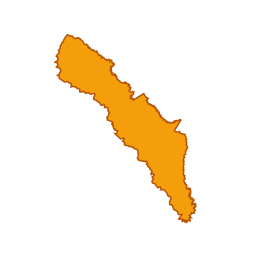 the district of Cuyabeno, Sucumbios, Ecuador, rotated 32°
{"feature_id": "8360857B98272453986256", "entity_name": "Cuyabeno", "entity_type": "district", "adm_level": 2, "iso_a3": "ECU", "parent_name": "Ecuador", "parent_adm1": "Sucumbios", "projection": "mercator", "projection_center": [-75.771, -0.334], "detail": "fine", "context": "isolated", "style": "filled", "palette": "amber", "viewbox_px": 256, "rotation_deg": 32, "n_neighbors": 0, "source": "geoboundaries", "source_scale": "gbopen_adm2", "svg_char_len": 5819}
<svg xmlns="http://www.w3.org/2000/svg" viewBox="0 0 256 256"><g transform="rotate(32 128 128)"><path d="M223.1,178.3L223.8,178.4L223.9,176.4L225.3,177.1L225.0,176.3L225.7,175.7L226.5,176.7L226.8,176.3L227.2,177.0L227.9,177.0L227.6,174.9L227.9,174.4L229.3,174.1L228.7,173.8L229.3,173.4L228.7,173.1L228.9,172.5L228.4,172.6L227.8,171.9L227.7,170.8L228.8,170.5L226.6,169.8L227.0,169.4L226.8,168.1L227.1,168.0L226.8,166.3L227.6,166.6L229.1,165.0L228.5,165.0L228.6,164.2L228.3,164.1L228.6,161.9L226.0,161.3L227.0,160.0L226.3,159.6L226.7,159.1L226.1,159.1L226.4,157.6L225.6,157.4L225.7,156.9L225.1,157.0L225.0,156.6L223.1,158.5L223.2,159.2L222.7,159.3L222.2,158.6L222.8,157.7L222.3,157.8L221.6,156.7L221.9,156.0L222.3,156.3L222.5,154.9L221.9,154.2L221.5,154.9L220.8,153.7L220.2,153.9L219.4,153.5L219.2,154.6L218.8,154.4L218.0,154.9L217.2,152.8L216.6,153.2L216.3,152.8L215.9,153.3L215.8,152.9L215.3,153.1L215.0,152.0L215.7,151.7L215.2,151.2L215.8,150.8L215.1,150.2L215.6,149.9L214.7,148.3L213.0,147.8L213.4,146.6L212.4,146.4L211.4,147.8L210.9,148.0L210.7,147.5L210.4,148.3L210.0,148.0L209.6,148.3L208.8,147.4L208.5,145.7L207.4,145.2L206.7,145.5L206.3,144.8L205.5,144.9L205.4,144.3L203.5,143.6L202.9,142.2L203.4,140.9L202.4,139.8L201.8,139.8L201.4,138.3L200.3,138.4L199.3,137.8L198.7,135.9L197.5,134.9L197.6,133.9L196.7,133.6L196.5,132.5L195.1,131.1L194.7,129.0L193.2,127.7L192.8,127.1L193.1,126.7L192.4,126.5L192.5,126.0L191.7,125.4L191.8,124.9L191.3,124.5L191.5,122.6L190.4,122.4L189.9,121.6L190.8,119.7L189.3,117.7L188.8,112.8L187.7,112.3L187.0,111.3L186.2,111.3L185.7,110.3L185.8,109.5L184.3,108.4L183.8,106.6L182.7,106.4L182.1,105.2L179.5,103.2L178.7,103.8L175.1,104.7L173.6,103.6L172.1,105.4L170.2,106.0L168.7,105.9L168.6,93.3L167.5,93.3L166.9,94.9L165.6,95.7L165.1,96.8L164.7,96.5L164.4,97.2L163.7,97.4L163.7,98.0L164.1,98.3L163.6,98.5L164.1,99.1L162.2,100.3L161.8,101.2L160.8,101.0L160.4,101.4L160.0,101.1L158.9,102.4L158.0,102.5L158.0,102.1L157.0,102.2L157.1,101.8L155.9,102.1L155.5,101.5L153.9,101.6L153.7,102.1L153.5,101.5L152.6,101.5L151.9,101.0L150.3,101.6L149.7,100.5L149.5,101.0L148.5,100.6L148.5,100.2L148.1,100.5L146.1,98.2L145.5,98.7L145.1,98.0L144.0,97.5L143.5,98.0L143.5,97.4L142.9,97.1L142.3,97.5L142.1,97.0L141.0,96.7L141.2,96.4L140.0,96.1L139.3,96.5L139.2,95.8L138.4,95.4L137.7,96.2L137.2,95.8L136.7,96.3L135.7,95.9L134.8,96.0L134.9,96.3L134.2,96.0L133.1,96.8L132.8,96.4L131.7,96.5L131.3,95.6L129.9,95.4L130.0,94.7L128.9,94.8L129.4,92.6L128.6,93.2L128.2,92.2L126.6,92.4L123.1,90.5L117.8,101.3L117.5,100.3L116.4,100.3L116.6,101.1L115.0,101.2L114.9,101.7L114.4,101.5L114.8,100.8L113.8,100.6L114.1,100.3L113.4,99.5L114.1,99.1L113.7,98.9L114.1,98.6L113.8,98.3L114.7,96.7L114.3,95.2L113.5,95.2L113.5,94.7L113.2,95.0L112.6,94.6L112.4,95.5L111.5,96.3L109.6,96.2L108.9,95.1L109.6,94.6L109.2,92.4L107.9,92.6L107.6,92.0L107.6,92.5L106.9,91.9L106.4,92.0L106.8,91.5L106.4,91.5L106.6,91.1L106.2,90.5L105.8,90.8L105.0,90.4L102.6,91.3L102.5,90.5L101.1,90.6L101.2,91.2L101.4,90.9L102.0,91.2L101.0,91.7L100.8,91.5L99.9,92.5L97.3,93.2L95.9,92.4L93.4,92.5L93.5,92.2L91.9,91.5L91.5,90.7L90.8,90.8L90.6,90.2L90.1,90.5L90.1,89.9L88.8,89.2L88.2,89.3L88.7,89.9L88.5,90.4L87.5,90.1L87.2,91.0L86.6,91.2L85.5,90.4L85.5,89.7L84.8,90.4L83.9,88.3L83.3,87.9L83.0,88.4L82.9,87.5L82.3,87.9L82.0,87.6L82.4,86.9L81.6,86.6L81.9,85.9L81.2,86.2L81.5,85.9L81.1,85.5L81.6,85.5L81.4,85.0L82.0,83.6L81.7,83.3L82.1,82.8L82.5,83.0L82.8,81.7L82.2,81.8L81.9,80.7L81.4,80.5L80.6,81.3L79.9,81.0L78.6,80.1L78.6,79.4L76.9,79.6L76.4,80.3L76.7,81.0L75.4,80.0L73.9,82.0L73.1,81.4L71.9,81.9L69.8,81.2L68.9,82.1L69.0,81.7L68.4,81.7L68.5,81.3L67.6,80.9L65.8,81.6L65.3,81.0L65.1,81.4L63.5,81.5L62.7,80.5L60.7,79.4L60.6,80.2L59.8,80.6L58.6,80.2L57.8,80.6L57.6,80.2L56.9,81.0L55.8,80.6L55.2,81.1L53.7,80.3L52.9,80.8L52.8,80.3L51.7,80.7L51.7,80.3L51.2,80.3L50.6,79.4L49.7,79.1L49.5,79.5L48.2,79.1L47.7,79.7L46.2,79.9L43.9,78.5L38.9,77.6L36.8,78.6L36.3,79.9L34.6,80.5L32.2,79.5L29.4,81.0L29.0,80.7L27.1,81.1L26.7,86.4L27.4,89.8L26.8,90.7L27.3,92.8L26.9,94.2L28.3,96.1L27.9,99.1L29.4,99.7L30.0,101.2L29.4,102.3L29.0,105.0L29.7,105.5L31.0,105.1L32.7,108.1L31.6,109.6L31.4,111.0L33.2,110.1L35.3,111.8L34.9,114.2L36.4,114.1L37.9,113.1L41.0,115.3L40.8,117.9L41.6,119.3L40.3,120.6L42.2,120.8L43.4,122.3L49.8,122.6L52.2,120.6L54.5,120.9L55.6,120.3L57.3,121.6L57.9,123.4L58.6,122.1L60.3,121.7L61.7,120.8L63.4,121.4L66.6,120.7L67.9,122.9L70.0,121.8L70.9,120.3L73.6,121.1L75.5,119.1L78.4,119.2L80.3,117.2L81.3,116.7L82.3,117.3L82.9,120.9L83.6,121.8L84.8,121.8L86.0,121.2L87.7,121.7L89.7,121.4L93.2,123.0L93.8,122.7L94.9,120.6L96.3,121.4L97.3,123.2L99.1,121.7L100.0,121.5L102.3,124.2L103.9,124.5L103.9,125.6L105.1,128.5L104.4,130.2L105.4,130.7L106.1,132.1L110.7,131.1L112.2,131.4L113.0,132.4L112.0,132.7L112.2,133.4L113.7,133.8L116.4,136.2L117.8,135.8L118.0,136.7L118.4,136.7L120.9,135.9L121.3,138.9L119.9,139.6L127.2,141.2L128.1,140.9L129.5,138.8L130.9,139.8L130.3,142.0L131.2,141.8L132.0,142.3L133.4,142.4L133.6,143.8L134.9,144.2L137.5,142.9L138.5,143.2L140.7,142.1L141.8,142.1L142.5,141.4L143.8,142.2L147.1,141.4L148.5,142.1L149.5,143.8L151.0,145.0L151.9,147.3L151.9,148.7L154.5,149.7L156.0,148.7L157.2,148.9L158.8,147.7L159.6,147.7L160.5,147.0L161.1,147.2L161.5,146.5L162.1,146.5L162.9,147.4L163.0,149.0L163.9,148.7L165.0,150.0L167.9,150.3L168.3,151.3L170.9,151.7L171.5,152.8L171.8,155.0L172.7,155.1L173.1,153.5L174.8,153.6L175.2,154.7L174.4,157.0L176.7,157.7L176.5,160.5L177.9,161.6L180.4,161.0L184.8,162.9L186.4,161.1L187.1,160.9L188.0,161.7L188.2,163.1L191.4,161.3L195.5,162.5L197.6,164.2L198.9,164.4L199.7,163.8L200.6,163.9L202.0,165.4L202.3,168.4L204.0,170.9L206.5,170.0L210.0,172.9L213.8,172.4L216.3,174.4L217.3,174.3L219.5,172.8L219.2,178.3L219.7,178.4L221.3,176.9L222.4,176.6L223.5,177.5L223.1,178.3Z" fill="#f59e0b" stroke="#b45309" stroke-width="1.5"/></g></svg>